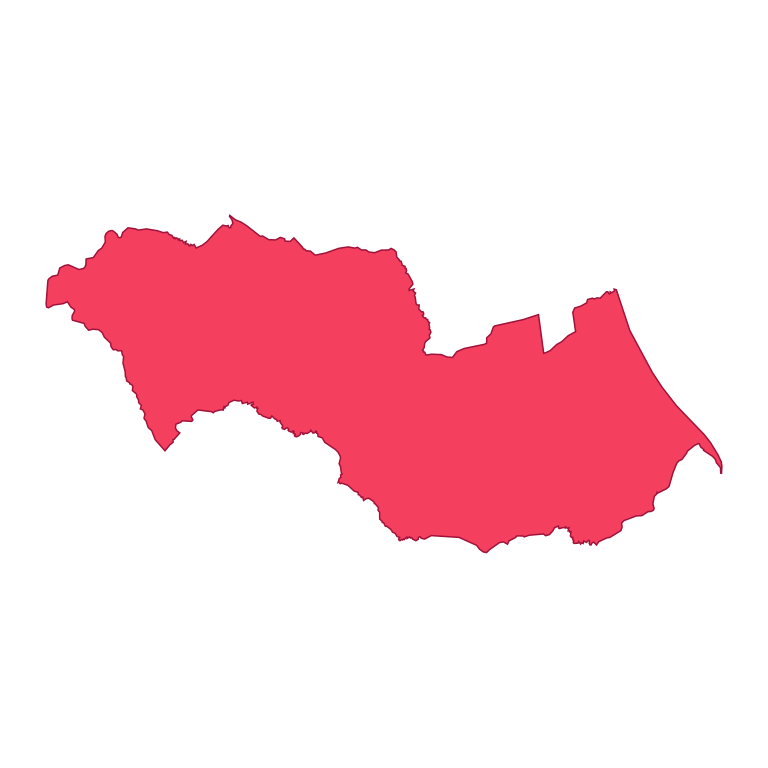 Chaiya, Surat Thani, Thailand (Robinson projection)
{"feature_id": "78962969B84478768396054", "entity_name": "Chaiya", "entity_type": "district", "adm_level": 2, "iso_a3": "THA", "parent_name": "Thailand", "parent_adm1": "Surat Thani", "projection": "robinson", "projection_center": [99.041, 9.444], "detail": "fine", "context": "isolated", "style": "filled", "palette": "rose", "viewbox_px": 768, "rotation_deg": 0, "n_neighbors": 0, "source": "geoboundaries", "source_scale": "gbopen_adm2", "svg_char_len": 6100}
<svg xmlns="http://www.w3.org/2000/svg" viewBox="0 0 768 768"><path d="M616.3,289.7L614.1,289.1L614.5,290.9L611.9,292.6L610.2,291.8L610.3,293.4L609.4,294.1L607.8,291.8L606.3,291.9L600.0,298.3L597.2,297.8L594.4,299.0L592.3,298.2L587.6,299.5L586.6,302.9L580.6,306.2L574.7,308.0L572.8,312.3L575.6,331.6L568.2,335.7L561.7,341.7L556.6,344.6L550.1,350.7L545.9,352.6L543.7,353.3L538.5,314.6L523.2,319.6L494.8,325.9L493.4,326.9L490.9,333.9L486.7,337.8L486.6,343.2L484.4,344.3L464.1,348.5L456.9,351.6L452.5,357.4L447.2,357.1L441.4,354.6L431.5,354.2L426.1,355.1L424.7,352.2L423.5,352.1L423.6,351.1L422.5,350.4L424.1,347.7L424.7,343.3L425.7,341.6L430.0,337.9L429.3,335.3L430.9,332.3L430.2,329.8L429.2,329.0L429.6,327.1L428.9,324.3L429.6,322.7L427.9,321.3L427.7,319.5L426.4,319.4L425.6,317.8L424.3,318.0L422.4,315.8L422.4,315.1L423.6,314.9L423.6,312.9L422.9,311.7L421.6,311.9L418.8,309.0L419.2,305.0L417.2,305.0L416.1,303.8L415.2,297.1L414.4,295.7L415.6,293.0L413.2,291.2L414.0,289.0L409.2,290.4L409.1,288.9L412.9,284.2L412.3,281.7L408.0,273.9L405.6,272.9L406.6,270.7L406.1,268.4L405.0,268.0L405.1,266.4L402.3,265.3L401.2,261.3L399.2,260.6L399.1,259.5L396.8,257.2L396.1,251.9L394.2,250.0L391.1,248.4L388.6,250.0L381.4,250.1L374.6,252.7L368.9,252.0L365.8,249.9L361.4,250.0L357.6,247.3L354.7,248.1L348.2,246.9L338.9,248.3L325.6,253.0L315.2,255.2L310.4,251.1L306.0,250.7L304.9,249.2L303.4,249.1L302.5,247.2L293.9,237.9L290.2,241.4L285.1,241.1L284.6,238.8L280.3,237.4L275.7,239.9L268.8,239.7L262.6,236.0L260.3,236.4L246.8,225.8L241.0,222.1L235.4,219.8L229.8,215.4L229.5,216.4L231.9,219.6L232.9,223.5L231.0,225.7L230.7,227.6L228.9,227.6L228.1,225.5L226.5,226.0L222.8,225.2L218.0,229.4L207.0,241.6L202.5,245.1L196.2,248.0L194.1,244.5L192.5,245.5L191.0,244.4L190.4,245.7L189.1,245.8L188.8,244.5L187.7,243.9L185.4,244.1L186.1,241.4L183.4,242.6L182.4,240.3L179.5,240.5L179.6,239.0L178.3,239.7L177.9,238.6L176.4,238.0L175.3,238.7L174.7,237.5L173.7,238.1L171.9,235.4L168.9,234.3L167.4,232.1L163.1,232.6L157.3,230.7L146.4,228.9L138.5,230.1L135.2,228.8L128.0,227.8L122.8,232.4L121.1,237.3L119.6,237.7L118.1,237.1L117.1,234.3L113.6,231.3L112.1,230.5L108.7,231.2L106.1,233.5L105.0,236.3L105.3,242.1L101.7,248.2L98.3,250.5L93.4,257.5L86.1,259.0L85.9,264.8L84.7,267.5L82.9,268.7L79.0,269.5L68.3,264.8L64.7,265.5L59.8,268.0L57.7,275.1L52.3,276.2L49.1,278.6L48.0,280.2L47.7,282.7L46.1,303.9L46.6,307.0L48.4,307.8L53.6,305.0L63.0,303.7L67.4,301.8L70.9,307.1L74.5,309.7L74.6,311.1L72.2,315.6L72.0,318.6L72.5,320.2L84.1,323.4L85.2,326.3L88.6,330.2L93.0,329.2L98.6,329.7L102.2,332.6L104.3,337.1L110.6,343.2L111.0,346.6L113.3,349.8L116.0,349.5L117.6,350.8L121.6,350.8L122.3,354.7L123.6,356.5L123.0,363.2L125.2,371.7L125.4,376.7L126.2,377.6L126.6,380.9L129.5,382.7L129.8,383.9L131.7,384.6L132.8,386.5L132.4,390.6L136.6,394.2L136.7,396.7L138.4,399.8L138.8,402.8L141.4,405.5L140.3,408.8L142.9,410.0L145.0,413.8L144.0,418.3L146.2,421.3L148.2,427.5L151.7,430.6L155.2,439.7L165.0,450.8L169.6,445.1L173.1,442.2L173.0,439.6L174.0,439.4L179.8,432.9L177.0,430.8L175.5,428.3L175.9,424.2L180.7,422.3L182.2,420.8L191.7,421.4L192.9,419.9L191.4,417.0L191.5,415.6L197.9,410.0L211.7,411.7L213.2,412.8L214.9,411.3L221.3,409.8L223.2,410.1L224.0,406.8L224.9,407.8L225.4,406.5L227.9,405.2L228.9,402.6L233.9,400.2L238.9,401.0L241.4,400.5L242.3,403.5L247.3,402.2L247.7,404.2L253.0,402.1L253.3,404.3L251.4,404.6L251.2,405.4L254.5,408.0L256.9,407.1L257.7,408.1L256.8,408.3L257.4,409.5L256.9,411.2L259.0,414.2L261.0,414.4L262.6,416.0L268.9,418.3L270.5,418.2L271.9,416.0L275.2,419.2L276.6,419.5L277.2,421.2L280.1,420.6L280.1,422.2L282.5,425.5L282.7,426.7L281.9,427.4L282.4,428.6L284.6,429.4L286.1,428.0L287.6,427.9L288.8,429.3L288.1,430.2L289.0,431.2L291.3,432.1L292.8,432.0L292.8,431.1L294.0,431.3L293.3,433.6L295.1,433.9L295.5,434.6L294.5,435.5L295.0,436.4L296.5,436.8L298.8,435.8L300.1,434.7L300.8,432.5L302.9,433.0L302.5,433.9L303.5,434.4L305.4,433.1L307.2,433.5L310.4,431.4L310.8,430.3L313.0,433.1L315.2,432.5L315.5,431.2L316.5,431.4L316.7,433.2L317.8,433.8L318.0,436.5L322.1,437.7L324.9,442.4L335.4,449.5L338.1,452.2L340.2,456.2L340.5,458.3L339.1,463.7L340.5,466.7L341.4,473.1L342.1,474.0L340.6,474.9L340.8,477.5L339.3,478.4L338.2,482.0L338.8,481.5L338.8,482.4L340.1,483.7L341.8,483.2L347.9,485.3L354.2,491.1L358.2,492.4L358.2,494.6L359.4,494.9L361.5,497.5L362.7,497.0L363.6,500.5L366.1,498.7L368.9,498.3L373.9,501.8L374.3,503.6L375.0,503.6L378.4,507.6L378.0,510.3L379.6,512.1L379.7,519.1L382.0,521.2L382.3,522.5L383.6,522.7L385.4,526.3L386.5,526.2L390.9,529.4L392.5,532.1L395.2,533.4L397.0,536.4L399.6,537.4L398.6,539.1L399.2,540.4L400.0,540.7L401.2,539.6L402.6,540.0L403.5,539.0L404.3,539.5L406.5,537.1L407.3,537.4L407.2,538.4L409.6,536.9L410.4,538.0L411.9,537.6L412.6,539.1L415.9,540.7L418.2,539.3L418.2,537.9L419.4,536.7L420.5,537.0L421.1,538.2L424.5,539.1L431.3,535.6L459.0,537.4L476.6,545.3L479.5,549.2L483.2,551.9L486.5,552.6L489.7,549.5L499.5,542.6L503.4,541.9L507.5,544.2L509.0,540.9L515.4,537.6L517.0,535.9L522.9,536.0L524.3,536.9L529.3,535.2L543.5,534.0L545.6,535.7L549.4,534.6L552.9,530.8L554.5,527.7L558.3,526.1L558.7,528.2L559.4,528.5L563.6,527.5L565.4,528.0L565.6,527.0L567.6,528.3L568.8,527.7L568.1,530.9L569.5,530.8L569.6,532.0L571.0,531.8L570.4,536.0L571.5,537.5L572.8,537.3L572.8,539.7L573.8,540.7L573.2,542.3L573.9,543.4L578.0,543.2L578.7,541.6L580.6,544.1L581.5,542.7L583.2,543.5L583.8,541.0L586.5,542.4L588.6,540.3L589.6,541.0L589.2,543.3L590.0,544.9L591.0,545.0L592.0,543.0L593.5,542.0L596.5,545.0L598.8,541.7L606.8,537.9L609.9,537.4L620.9,530.6L622.1,527.2L621.6,523.1L624.0,520.6L636.0,516.0L642.0,515.6L647.9,511.7L651.0,511.5L653.5,510.2L654.1,508.4L652.9,503.8L654.3,496.4L656.6,494.1L657.0,492.6L657.3,493.3L666.5,488.7L669.1,486.3L673.0,472.6L676.9,463.0L679.2,460.6L681.8,459.6L686.8,452.9L687.1,451.4L694.5,445.4L698.1,443.7L699.1,443.6L700.7,447.0L703.8,449.6L703.6,450.4L712.5,456.3L715.2,459.2L716.5,462.8L720.5,467.7L720.7,473.2L721.5,473.3L721.9,466.3L721.3,461.9L718.0,454.9L710.7,442.9L704.5,434.9L676.6,405.9L662.4,387.7L652.3,372.4L629.8,330.5L616.3,289.7Z" fill="#f43f5e" stroke="#9f1239" stroke-width="1.5"/></svg>